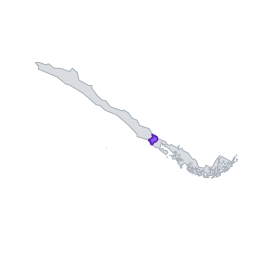 Los Ríos highlighted on a map of Chile, rotated 297°
{"feature_id": "CHL-2701", "entity_name": "Los Ríos", "entity_type": "Region", "adm_level": 1, "iso_a3": "CHL", "parent_name": "Chile", "parent_adm1": "", "projection": "equal_earth", "projection_center": [-72.592, -40.02], "detail": "fine", "context": "in_parent", "style": "filled", "palette": "violet", "viewbox_px": 256, "rotation_deg": 297, "n_neighbors": 0, "source": "natural_earth", "source_scale": "10m", "svg_char_len": 5515}
<svg xmlns="http://www.w3.org/2000/svg" viewBox="0 0 256 256"><g transform="rotate(297 128 128)"><path d="M139.8,21.3L142.2,20.4L144.2,15.8L146.2,19.4L146.8,25.4L149.2,28.4L147.7,34.7L150.4,40.5L151.8,50.3L156.0,51.4L154.2,58.0L148.4,62.5L148.1,73.5L149.4,76.6L146.9,77.8L143.0,85.7L141.2,91.4L142.0,96.6L138.8,102.6L140.7,115.2L142.0,115.7L141.7,121.4L138.5,127.6L139.1,132.5L135.5,137.1L137.0,147.1L133.1,153.5L132.1,160.2L132.9,167.3L131.2,170.4L131.4,173.1L132.9,174.1L132.6,180.5L135.4,181.5L131.5,182.6L134.5,185.2L132.9,187.1L133.0,192.9L129.6,199.6L130.5,201.4L129.2,204.4L125.2,208.6L127.0,214.6L130.3,214.3L130.0,218.7L131.8,220.9L139.9,221.1L145.9,222.6L142.8,222.1L136.5,225.0L135.6,230.0L134.4,230.5L130.0,227.9L131.9,227.3L132.5,228.5L134.7,225.2L130.5,226.8L129.4,228.4L127.4,227.3L128.7,224.9L133.6,224.1L128.8,223.8L127.1,226.5L125.0,225.3L126.7,224.7L127.1,223.6L123.6,224.3L122.4,221.7L124.3,222.3L128.4,220.8L128.8,222.9L129.5,222.4L129.5,219.6L126.9,218.3L129.2,220.1L125.5,221.3L122.8,219.5L123.8,217.3L120.2,216.3L119.1,214.3L120.7,214.2L120.9,212.7L123.0,215.0L124.3,215.6L124.9,213.3L123.6,215.1L122.7,213.9L123.7,213.4L120.9,211.8L123.7,210.8L122.3,208.7L124.1,208.7L123.1,207.8L123.7,205.6L122.0,207.6L122.0,203.4L123.4,202.7L121.5,202.7L121.0,200.2L125.9,201.0L124.6,198.4L122.5,200.0L120.7,198.6L122.8,198.0L121.4,197.2L122.7,195.8L122.0,193.7L119.1,193.4L119.2,192.2L116.9,193.2L117.3,194.5L116.2,193.2L119.4,190.3L118.8,188.7L122.6,188.1L123.5,186.1L123.2,189.7L121.7,190.6L123.5,190.2L124.4,188.4L124.0,192.5L125.0,188.8L124.4,186.5L127.8,186.4L125.8,184.5L128.9,181.7L129.0,180.8L126.4,179.3L128.5,173.0L128.5,168.5L130.0,169.3L129.7,167.0L128.3,166.6L130.3,165.1L130.5,164.2L124.3,165.6L123.2,161.2L126.5,151.1L124.5,140.1L126.5,139.0L130.9,126.7L134.5,111.9L133.4,99.4L135.2,93.4L134.3,88.9L138.5,72.6L139.8,55.0L138.8,53.0L141.3,41.7L139.8,21.3ZM145.2,224.4L144.8,235.3L132.0,234.1L136.4,232.7L138.3,233.7L136.1,231.6L137.5,229.3L137.4,231.8L142.4,233.8L143.3,233.1L138.9,230.5L142.2,228.2L138.3,228.0L137.8,226.6L139.1,225.8L138.1,224.9L142.0,223.5L145.2,224.4ZM124.2,174.7L121.5,174.0L123.0,165.9L125.7,168.2L124.1,170.4L125.6,172.4L124.2,174.7ZM121.2,204.3L121.1,210.8L119.9,209.3L120.5,207.8L119.1,210.0L117.1,209.7L119.7,204.1L121.2,204.3ZM139.5,236.7L145.5,235.8L144.9,236.8L147.0,239.1L142.6,236.8L141.7,238.2L139.5,236.7ZM124.4,180.5L123.2,181.6L124.3,185.4L122.9,185.7L120.6,182.0L123.3,179.1L124.4,180.5ZM127.9,228.5L130.8,230.1L128.2,231.7L128.6,230.4L126.8,231.0L124.3,228.9L127.9,228.5ZM130.8,231.3L135.5,232.3L131.8,232.6L130.8,231.3ZM150.9,236.7L147.0,237.1L146.1,235.9L150.3,235.9L150.9,236.7ZM121.1,203.4L119.6,203.6L118.2,200.4L119.9,199.4L121.1,203.4ZM118.6,203.5L116.6,203.3L117.6,200.3L118.6,203.5ZM128.5,181.2L125.8,182.7L126.4,180.3L128.5,181.2ZM120.2,219.2L121.4,220.9L120.8,222.5L119.1,220.0L120.2,219.2ZM120.8,224.9L125.0,226.5L127.1,227.9L122.6,226.5L120.8,224.9ZM122.3,187.3L120.4,187.6L122.0,184.9L122.3,187.3ZM133.8,235.5L137.8,235.6L138.3,236.6L133.8,235.5ZM118.9,204.7L117.7,206.4L116.7,206.6L116.9,204.8L118.9,204.7ZM119.9,211.4L118.4,212.7L117.6,212.6L118.1,210.8L119.9,211.4ZM121.3,217.4L119.3,218.0L118.4,219.2L118.9,217.4L121.3,217.4ZM118.2,213.9L117.7,213.3L119.0,213.4L118.2,213.9ZM124.8,182.9L124.0,182.0L124.2,181.5L124.8,181.7L124.8,182.9ZM123.0,220.4L122.2,220.6L121.7,219.7L123.0,220.4ZM119.6,198.9L118.1,199.0L119.5,198.7L119.6,198.9ZM149.6,238.9L149.8,239.8L148.9,239.4L149.6,238.9ZM122.6,177.4L123.4,177.9L122.6,177.6L122.6,177.4ZM149.0,240.0L147.8,240.2L147.7,240.1L149.0,240.0ZM153.1,236.8L152.9,237.3L152.6,237.1L153.1,236.8ZM100.5,117.5L100.1,118.0L100.5,117.5ZM120.0,175.8L119.7,176.3L119.6,175.9L120.0,175.8Z" fill="#d9dde1" stroke="#a8b0b8" stroke-width="1"/><path d="M133.5,153.3L133.3,153.1L133.2,153.1L133.1,153.3L133.1,153.5L133.2,153.8L133.1,154.0L133.2,154.4L133.3,154.5L133.3,154.8L133.5,154.9L133.5,155.0L133.4,155.6L133.3,155.8L133.3,156.0L133.1,156.1L132.9,156.1L132.7,156.1L132.7,156.3L132.7,156.6L132.7,156.8L132.7,157.0L132.9,157.2L133.0,157.3L133.2,157.2L133.2,157.3L133.3,157.3L133.3,157.5L133.1,158.0L132.8,158.0L132.7,158.1L132.6,158.6L132.5,158.8L132.3,159.0L132.1,159.2L131.8,159.4L131.6,159.4L131.2,159.4L130.7,159.5L130.1,159.5L129.6,159.5L129.1,159.4L128.7,159.2L128.4,159.0L128.1,158.8L128.0,158.6L127.9,158.5L127.8,158.2L127.7,157.9L127.5,157.6L127.2,157.6L126.9,157.6L126.6,157.6L126.3,157.6L126.0,157.5L125.7,157.4L125.3,157.3L125.0,157.3L124.8,157.3L124.5,157.3L124.4,157.3L124.2,157.3L124.2,157.2L124.2,156.9L124.3,156.8L124.3,156.7L124.2,156.6L124.3,156.6L124.4,156.4L124.5,156.3L124.6,156.2L124.5,155.9L124.4,155.6L124.3,155.4L124.5,155.3L124.5,155.2L124.8,155.2L125.1,155.0L125.3,154.9L125.4,154.7L125.5,154.6L125.7,154.9L125.7,155.0L125.8,155.0L125.8,154.9L125.8,154.7L125.7,154.6L125.7,154.3L125.8,154.2L125.7,153.9L125.7,153.7L125.9,153.7L126.1,153.3L126.1,153.2L126.2,152.9L126.3,152.8L126.3,152.7L126.4,152.4L126.5,152.2L126.4,152.1L126.5,152.0L126.8,152.1L127.0,152.0L127.2,151.9L127.3,151.9L127.6,152.0L127.7,152.4L127.6,152.7L127.6,153.1L127.8,153.2L128.0,153.2L128.4,153.2L128.7,153.3L129.0,153.3L129.5,153.4L129.7,153.5L130.0,153.7L130.1,153.9L130.2,154.1L130.3,154.0L130.5,154.0L130.6,153.9L130.7,154.0L130.8,154.1L131.0,154.1L131.3,154.1L131.6,154.1L131.9,154.0L132.2,153.8L132.3,153.5L132.5,153.1L132.6,152.8L132.8,152.5L132.9,152.4L133.0,152.4L133.0,152.5L133.3,152.6L133.3,152.8L133.4,153.0L133.5,153.3L133.5,153.3Z" fill="#8b5cf6" stroke="#5b21b6" stroke-width="1.5"/></g></svg>